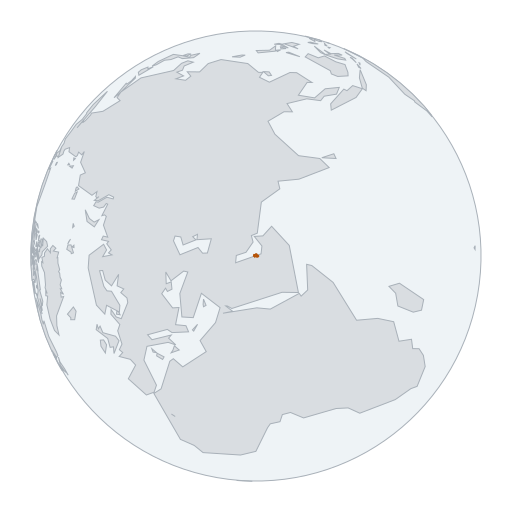 the Earth from above Ar Rayyān, rotated 280°
{"feature_id": "QAT-1100", "entity_name": "Ar Rayyān", "entity_type": "Municipality", "adm_level": 1, "iso_a3": "QAT", "parent_name": "Qatar", "parent_adm1": "", "projection": "orthographic", "projection_center": [50.968, 25.185], "detail": "fine", "context": "on_globe", "style": "filled", "palette": "amber", "viewbox_px": 512, "rotation_deg": 280, "n_neighbors": 0, "source": "natural_earth", "source_scale": "10m", "svg_char_len": 11102}
<svg xmlns="http://www.w3.org/2000/svg" viewBox="0 0 512 512"><g transform="rotate(280 256 256)"><circle cx="256" cy="256" r="225" fill="#eef3f6" stroke="#a8b0b8"/><path d="M319.7,39.9L321.7,40.5L319.1,39.9L308.4,37.1L306.5,36.8L313.0,38.6L314.5,39.6L305.2,36.9L306.8,38.5L289.3,35.7L266.5,31.6L254.8,31.8L226.2,33.2L226.8,33.5L216.3,35.1L213.2,36.3L208.8,36.9L210.1,37.5L214.7,36.8L216.8,37.0L215.4,37.8L209.5,38.4L209.4,38.1L206.9,38.8L204.6,38.8L204.9,39.3L197.9,40.3L202.7,40.7L195.3,42.7L191.2,43.1L194.6,41.2L193.5,39.6L192.5,39.9L208.1,35.9L224.0,33.0L240.0,31.3L256.1,30.7L272.2,31.3L288.2,33.0L304.1,35.9L319.7,39.9ZM155.3,54.5L157.4,53.5L157.5,53.7L165.9,50.0L167.2,49.9L174.8,47.4L170.4,49.9L162.1,54.0L155.7,56.4L151.8,58.5L155.4,58.4L140.9,65.8L127.0,76.1L123.6,78.2L121.5,77.3L128.0,71.1L125.9,72.1L140.3,62.7L155.3,54.5ZM124.9,72.8L123.8,74.1L115.3,80.3L112.5,82.6L111.1,84.1L113.1,82.9L109.5,85.9L109.7,84.7L112.9,82.0L115.8,79.6L124.9,72.8ZM31.6,275.9L32.2,281.7L33.5,291.5L31.6,275.9ZM322.6,40.8L324.5,41.4L325.5,41.8L322.6,40.8ZM176.6,46.3L175.7,46.8L174.8,47.0L176.6,46.3ZM180.8,44.8L180.4,44.6L182.3,43.9L182.5,44.1L180.8,44.8ZM322.5,41.3L323.5,42.0L320.6,40.7L322.5,41.3ZM180.8,45.3L185.7,42.8L189.1,41.7L192.7,41.4L180.8,45.3ZM322.9,42.1L325.5,44.5L330.0,45.7L318.8,44.1L320.3,42.2L316.0,40.3L320.5,41.7L322.9,42.1ZM216.8,36.3L211.8,37.0L217.3,35.7L216.8,36.3ZM219.8,35.5L233.7,32.5L240.4,32.3L234.4,33.1L244.1,32.7L240.5,34.0L234.4,34.5L230.8,34.3L232.2,35.1L219.8,35.5ZM312.2,43.1L311.3,43.5L310.2,42.6L312.2,43.1ZM218.1,37.0L220.3,36.2L226.3,35.9L222.9,37.4L222.1,37.0L218.1,37.0ZM248.4,32.2L252.2,32.5L250.4,33.5L251.6,33.9L241.0,34.0L248.4,32.2ZM220.0,37.5L221.1,38.3L217.0,39.3L216.4,37.8L220.0,37.5ZM229.2,35.3L231.9,35.3L229.3,35.7L229.2,35.3ZM203.0,44.1L205.5,42.8L208.8,42.4L203.0,44.1ZM221.8,38.6L223.2,38.2L224.8,38.1L224.6,38.8L221.8,38.6ZM240.5,35.0L238.9,35.5L244.7,34.9L243.6,36.0L236.7,36.1L239.2,36.5L238.9,36.9L233.6,36.6L240.5,35.0ZM229.3,39.2L220.1,40.2L214.8,42.6L211.6,42.9L220.9,39.1L229.3,39.2ZM232.3,37.6L229.7,38.6L227.2,38.2L227.3,37.4L232.3,37.6ZM245.3,36.9L248.8,35.1L250.2,35.2L245.3,36.9ZM228.2,39.9L230.4,39.7L228.1,40.1L228.2,39.9ZM240.6,37.8L241.7,37.1L243.2,37.2L240.6,37.8ZM234.0,40.0L231.1,40.2L231.1,39.5L234.0,40.0ZM237.4,39.0L239.3,39.4L232.9,39.2L237.6,38.7L237.4,39.0ZM241.9,38.0L243.2,37.8L241.2,38.3L241.9,38.0ZM235.6,42.8L227.5,42.7L227.5,41.1L235.4,41.3L235.6,42.8ZM57.3,275.3L53.2,238.0L58.7,228.1L62.3,213.4L102.9,179.3L108.7,185.6L137.4,189.4L140.5,192.4L134.1,203.1L153.2,223.6L163.0,215.6L183.4,227.7L198.9,229.6L209.8,208.7L184.4,204.9L183.1,193.6L205.8,187.5L228.4,191.6L228.6,187.4L216.8,176.6L224.6,169.9L213.1,172.4L215.8,177.0L208.7,179.0L205.7,174.9L208.6,172.5L202.5,169.7L190.4,182.9L191.9,189.1L174.4,188.7L175.2,199.1L169.6,202.8L166.0,186.6L168.3,181.4L159.6,162.9L155.5,168.1L163.5,186.3L159.9,184.2L154.5,192.5L155.7,184.5L148.1,164.3L134.0,163.7L111.5,180.4L104.2,179.3L100.1,172.2L112.9,151.6L127.7,156.4L132.4,150.2L133.3,138.7L137.8,141.5L140.0,137.7L146.0,139.3L158.3,132.8L164.9,133.8L173.5,123.2L178.1,122.6L171.7,128.9L170.9,134.2L187.9,137.8L192.3,136.2L196.5,129.2L200.6,131.5L202.5,124.4L214.1,123.9L201.5,118.9L206.1,111.7L215.1,107.5L214.3,104.5L199.6,111.5L195.8,115.3L196.2,119.8L183.8,130.5L177.1,131.2L181.5,117.4L172.5,117.2L179.9,107.4L215.1,92.8L227.8,91.5L241.1,103.9L236.0,107.8L228.7,105.1L232.1,114.0L233.4,110.2L236.9,112.4L242.1,106.9L244.8,108.3L245.2,101.0L249.1,102.1L248.8,106.7L259.9,100.4L269.0,101.7L270.2,99.7L268.9,97.2L281.3,101.0L281.7,99.4L277.7,97.4L275.9,93.2L277.4,87.4L281.6,89.0L281.6,91.3L288.0,99.0L287.4,105.4L289.3,105.6L290.8,100.4L283.0,91.0L282.7,87.1L287.2,91.0L285.5,89.3L286.7,87.9L291.8,88.2L287.3,83.9L294.5,69.0L305.2,68.9L308.3,73.5L317.8,67.0L329.1,68.8L325.4,66.8L327.5,63.3L324.0,62.6L322.4,61.4L326.2,53.7L330.4,53.6L327.9,49.4L326.0,48.6L322.8,48.2L318.8,44.1L330.0,45.7L333.7,47.4L338.2,47.9L346.0,52.0L354.5,56.1L360.4,61.2L366.7,64.5L367.7,64.4L376.9,69.4L392.4,81.1L375.3,71.9L351.2,57.5L360.6,63.0L357.1,62.1L359.7,64.5L366.4,68.8L368.1,69.0L371.9,80.1L385.4,95.2L387.8,91.7L394.0,94.4L411.4,111.8L424.4,142.7L432.8,149.2L436.4,155.0L436.0,160.6L430.7,152.3L426.2,151.3L423.3,146.1L420.8,153.4L416.6,146.4L416.8,156.1L421.8,160.6L425.5,156.3L427.5,168.5L437.2,175.5L443.4,187.5L444.1,214.5L437.3,226.5L438.0,230.8L432.6,228.4L429.5,239.0L442.6,257.6L443.6,264.2L436.6,281.0L435.8,276.2L421.7,269.8L421.9,286.3L432.7,295.1L436.5,308.7L429.4,307.2L425.2,295.4L420.2,292.7L419.6,278.7L411.5,260.1L404.3,266.8L402.9,258.5L390.8,244.4L379.2,253.5L362.2,280.5L363.1,301.9L355.8,312.7L339.1,284.9L333.5,264.7L326.3,267.8L310.0,251.9L278.7,253.3L275.3,247.9L269.2,250.7L257.9,245.5L253.1,236.5L245.8,237.1L259.0,260.6L266.9,260.1L275.0,250.9L277.0,259.3L288.0,266.2L272.2,286.9L227.4,304.1L224.8,288.0L200.1,241.3L201.8,236.4L201.8,235.8L201.6,234.7L197.5,242.6L193.9,233.4L205.1,265.8L206.2,279.3L226.7,305.1L224.3,307.4L231.5,312.8L256.6,307.3L256.3,312.6L243.4,336.5L210.2,366.2L215.7,386.7L215.2,403.0L196.9,411.6L201.0,423.6L192.0,426.4L193.0,432.7L187.2,438.1L176.5,441.8L155.6,437.3L152.3,431.6L138.8,418.1L119.2,385.5L122.4,373.1L119.7,361.3L104.8,331.0L107.9,317.1L104.4,309.5L97.0,308.4L93.2,299.2L88.9,297.2L63.6,289.8L57.3,275.3ZM85.7,200.1L83.9,204.3L85.7,200.1ZM250.5,207.6L265.2,209.0L261.8,195.0L267.2,194.6L264.0,190.3L261.5,194.1L254.2,182.3L261.7,178.6L261.6,172.8L256.6,172.1L244.0,180.9L254.3,197.4L249.5,202.9L250.5,207.6ZM115.3,80.3L115.2,80.5L113.1,82.5L112.8,82.5L115.3,80.3ZM111.7,87.1L106.0,91.8L109.8,88.2L108.3,88.7L114.4,82.3L122.2,78.9L117.6,81.4L111.7,87.1ZM124.8,73.7L120.0,77.6L124.9,73.5L124.8,73.7ZM146.1,117.3L146.9,120.5L142.7,124.2L134.3,124.5L140.2,119.0L146.1,117.3ZM149.0,124.3L155.7,111.4L161.2,111.3L156.9,113.4L159.9,114.6L153.9,118.5L152.6,131.6L148.8,135.8L135.3,133.1L141.8,131.4L140.7,128.2L149.0,124.3ZM163.0,84.4L166.0,80.4L174.1,85.0L170.4,88.4L161.8,88.5L161.1,84.6L163.0,84.4ZM186.3,46.0L186.9,45.3L188.5,44.9L189.3,45.3L186.3,46.0ZM203.9,43.5L185.3,49.5L185.0,48.8L174.4,53.9L169.6,54.2L176.7,50.7L165.0,55.1L169.5,52.1L161.7,55.5L177.9,47.7L181.4,45.7L179.3,47.8L183.6,47.5L186.5,46.7L197.4,43.4L207.1,39.4L212.9,39.1L214.4,39.9L213.0,40.7L209.7,40.6L210.1,41.9L204.2,42.4L203.9,43.5ZM228.9,57.6L225.7,55.6L225.6,61.0L219.7,60.4L220.0,61.1L214.5,62.2L208.5,65.0L206.3,64.3L204.9,65.7L201.2,66.7L198.6,68.5L193.6,68.1L190.0,70.4L189.7,68.9L184.8,73.1L186.2,69.9L181.6,71.3L182.7,73.6L162.4,70.0L152.8,72.0L144.0,75.7L147.7,70.5L158.3,64.1L171.6,58.5L180.3,57.8L180.4,55.9L184.6,55.1L182.8,56.9L188.1,53.8L191.1,53.7L202.9,50.6L208.8,46.8L213.2,45.8L212.4,47.3L217.4,45.4L219.0,47.7L222.2,47.2L226.9,49.3L223.5,53.0L227.4,52.2L231.1,54.1L228.9,57.6ZM236.7,43.4L233.9,47.3L229.4,49.1L223.1,44.8L219.9,44.9L215.7,42.9L222.5,40.5L223.0,41.2L225.2,41.4L222.2,42.1L226.2,41.8L227.1,42.9L230.4,43.0L228.6,44.2L236.7,43.4ZM145.9,189.2L148.7,190.5L153.4,191.2L150.1,196.7L145.9,189.2ZM140.4,175.5L143.1,175.5L140.7,183.0L137.9,182.0L140.4,175.5ZM146.7,169.4L143.5,174.9L143.5,171.3L146.7,169.4ZM174.5,128.7L177.6,128.5L177.2,130.3L174.5,132.4L174.5,128.7ZM227.4,75.7L226.2,73.7L227.7,73.2L229.7,68.5L234.2,68.9L234.8,71.9L227.4,75.7ZM204.4,211.8L198.7,215.4L196.9,213.1L199.2,212.3L204.4,211.8ZM172.2,206.2L178.6,210.3L171.2,207.7L172.2,206.2ZM232.7,75.3L233.0,73.3L235.0,74.8L232.7,75.3ZM237.7,69.1L240.5,70.4L235.0,68.5L237.7,69.1ZM301.9,469.3L304.2,470.0L300.4,470.6L301.9,469.3ZM254.1,402.0L242.2,428.7L231.4,428.4L228.0,420.6L231.4,404.4L243.6,400.0L249.2,392.2L254.1,402.0ZM462.0,325.3L464.2,323.9L464.0,324.9L462.0,325.3ZM459.7,324.4L462.7,322.1L458.9,326.9L459.7,324.4ZM463.8,321.2L466.7,316.8L468.0,314.1L467.6,316.3L463.8,321.2ZM457.6,326.2L443.9,334.9L437.9,335.7L439.8,331.5L449.4,326.9L457.6,326.2ZM439.2,331.7L429.5,327.0L412.7,304.8L418.8,303.1L435.6,313.5L434.6,316.9L440.6,321.6L439.2,331.7ZM461.1,300.9L460.0,310.4L452.9,314.6L449.4,315.4L447.0,305.3L448.4,298.6L451.4,297.0L460.6,269.9L464.3,272.2L462.0,282.9L464.9,288.7L461.1,300.9ZM364.2,303.7L370.2,314.9L365.9,317.9L364.2,303.7ZM462.4,252.9L459.9,264.6L461.6,250.2L462.4,252.9ZM462.2,240.2L463.3,244.5L461.0,241.4L462.2,240.2ZM439.6,237.0L436.5,239.9L435.6,236.8L438.9,231.3L439.6,237.0ZM448.0,197.8L451.4,207.0L452.0,210.5L449.0,205.8L448.0,197.8ZM271.9,79.8L264.0,85.4L261.3,90.7L264.5,95.0L256.6,91.7L260.7,83.6L271.9,79.8ZM291.3,70.0L288.4,66.8L291.9,67.0L293.0,67.8L291.3,70.0ZM288.0,68.8L280.4,67.3L280.2,64.8L286.3,66.5L288.0,68.8ZM256.4,70.3L253.7,71.8L252.1,70.5L256.4,70.3ZM432.9,395.5L425.8,403.7L423.6,405.3L428.5,399.1L435.2,385.7L436.4,385.0L441.1,374.5L455.2,355.7L466.6,330.6L469.4,326.9L474.6,309.4L475.6,306.4L471.3,322.4L465.8,338.1L459.2,353.3L451.5,368.0L442.7,382.1L432.9,395.5ZM467.4,320.6L471.2,310.5L472.6,308.1L467.4,320.6ZM479.8,281.9L480.0,280.2L478.5,283.9L478.3,281.0L479.3,276.0L477.5,276.7L479.6,270.4L479.9,277.2L480.8,268.0L481.1,266.1L479.8,281.9ZM478.4,289.2L478.6,288.4L478.1,291.7L478.4,289.2ZM474.3,290.2L474.0,292.8L473.3,292.0L474.3,290.2ZM475.4,287.4L477.3,286.5L475.1,289.7L475.4,287.4ZM466.6,289.2L467.6,293.8L470.7,287.2L468.3,294.7L469.8,301.8L468.8,306.0L467.5,298.1L466.0,309.1L464.5,310.3L464.3,302.1L466.1,290.0L467.5,284.3L472.8,276.9L466.6,289.2ZM475.6,280.5L475.0,274.9L475.3,269.9L476.1,272.4L475.6,280.5ZM472.0,261.8L469.0,256.5L467.3,261.5L469.9,246.8L472.5,254.2L472.0,261.8ZM468.0,247.2L466.5,251.7L467.4,243.6L468.0,247.2ZM465.5,249.7L464.3,244.7L466.1,243.8L465.5,249.7ZM469.0,246.4L467.7,237.1L469.4,241.6L469.0,246.4ZM461.0,233.6L466.4,238.9L461.1,239.5L456.4,222.8L458.4,220.6L461.0,233.6ZM443.7,157.0L440.8,152.9L441.3,150.3L443.2,153.8L443.7,157.0ZM440.2,139.6L440.5,148.3L440.2,156.1L442.3,157.0L445.9,165.6L440.5,160.1L437.6,149.2L438.6,144.7L434.7,138.1L432.9,131.9L427.1,124.8L425.0,120.7L430.6,126.0L440.2,139.6ZM424.5,122.0L413.7,109.3L416.5,108.2L419.5,110.7L423.3,116.8L421.6,117.0L424.5,122.0ZM411.9,106.1L410.2,106.3L390.6,91.8L387.2,88.7L403.6,98.2L402.8,99.0L407.1,103.0L411.9,106.1ZM313.7,44.1L311.5,43.5L313.5,43.6L313.7,44.1ZM320.5,61.2L318.6,59.7L321.0,59.6L320.5,61.2ZM314.8,55.6L313.4,56.7L313.1,54.8L314.8,55.6ZM310.6,59.6L312.0,56.9L313.2,60.5L310.6,59.6Z" fill="#d9dde1" stroke="#a8b0b8" stroke-width="1"/><path d="M256.3,258.5L256.0,258.4L255.9,258.4L255.7,258.2L255.4,257.7L255.5,257.7L255.6,257.2L255.4,256.8L255.4,256.7L255.4,256.4L255.3,256.2L255.3,255.9L255.3,255.7L255.3,255.4L255.2,255.1L255.3,254.9L255.2,254.8L255.3,254.7L255.4,254.8L255.5,254.8L255.5,254.7L255.5,254.4L255.4,254.4L255.5,254.3L255.5,254.2L255.7,254.3L255.6,254.5L255.8,254.6L255.8,254.4L256.0,254.4L256.0,254.2L255.9,254.2L255.7,254.1L255.7,253.9L255.8,253.8L255.8,253.7L256.5,253.7L256.5,253.8L256.9,253.8L256.9,254.1L257.0,254.3L257.1,254.5L257.1,254.8L257.2,255.2L257.5,255.2L257.7,255.3L257.9,255.7L258.0,255.7L258.0,255.9L258.0,256.0L257.9,256.0L257.7,255.9L257.6,256.0L257.8,256.1L257.7,256.2L257.6,256.4L257.6,256.5L257.3,256.4L257.3,256.7L256.9,256.7L256.9,258.1L256.6,258.4L256.5,258.5L256.3,258.5Z" fill="#f59e0b" stroke="#b45309" stroke-width="1.5"/></g></svg>